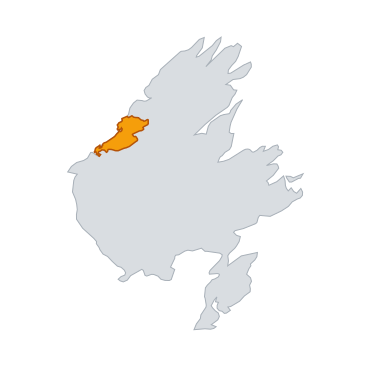 Ireland, with Waterford highlighted, rotated 151°
{"feature_id": "IRL-1444", "entity_name": "Waterford", "entity_type": "County", "adm_level": 1, "iso_a3": "IRL", "parent_name": "Ireland", "parent_adm1": "", "projection": "natural_earth1", "projection_center": [-7.576, 52.152], "detail": "fine", "context": "in_parent", "style": "filled", "palette": "amber", "viewbox_px": 384, "rotation_deg": 151, "n_neighbors": 0, "source": "natural_earth", "source_scale": "10m", "svg_char_len": 5821}
<svg xmlns="http://www.w3.org/2000/svg" viewBox="0 0 384 384"><g transform="rotate(151 192 192)"><path d="M243.8,80.2L235.6,84.5L234.4,86.1L232.1,92.6L231.8,94.4L226.7,101.7L223.8,103.1L219.5,104.3L217.1,105.5L214.0,104.9L210.1,105.0L208.1,106.3L208.2,107.3L209.4,108.4L216.6,111.7L216.2,113.1L214.2,114.7L201.2,118.6L197.3,120.9L196.0,122.5L197.4,125.1L207.7,132.9L209.4,133.8L211.0,138.3L220.1,140.2L223.8,143.1L227.0,143.8L234.0,143.5L236.8,144.6L238.4,143.8L239.3,142.3L247.2,136.7L244.7,132.6L252.6,125.5L254.8,125.6L258.5,127.8L261.5,130.8L262.5,134.8L265.4,138.4L267.3,139.6L272.3,140.4L273.5,141.8L272.6,147.0L273.4,148.7L286.2,148.6L291.3,146.3L295.7,146.7L297.9,149.1L298.9,151.5L295.1,152.4L291.1,151.9L289.2,153.5L289.1,156.5L290.5,160.5L293.2,163.3L295.3,169.6L297.1,176.6L299.9,180.8L300.5,186.0L300.2,188.6L300.7,193.2L299.5,194.9L300.4,199.2L305.2,213.3L306.2,224.2L304.0,228.3L300.9,232.2L298.9,236.9L297.4,241.9L296.5,250.0L289.8,259.4L287.0,261.8L283.7,263.2L291.0,269.8L285.1,272.8L278.6,273.7L271.5,272.1L267.0,272.3L261.4,275.7L260.1,275.1L257.4,269.7L255.4,275.3L251.3,277.1L244.3,276.7L232.5,278.2L228.0,279.8L226.1,282.3L224.7,285.2L222.8,286.9L220.7,287.8L211.6,289.9L209.8,290.8L205.6,295.5L200.1,298.2L195.5,299.0L191.4,296.2L189.8,294.6L187.9,293.8L181.6,293.9L183.6,294.7L184.9,296.7L185.5,300.4L184.7,304.0L181.6,305.8L178.0,306.1L172.1,309.9L164.4,310.9L160.3,314.4L134.8,320.2L133.3,320.3L129.8,318.8L126.0,318.1L122.3,318.6L111.6,321.9L106.4,321.2L113.1,313.1L121.9,309.0L122.9,307.9L120.0,307.3L103.2,310.2L97.3,312.6L91.5,313.3L94.2,309.6L101.8,304.5L108.3,301.2L111.2,298.2L119.1,294.9L93.5,301.8L86.8,301.0L85.3,299.0L80.1,300.0L78.1,295.3L86.0,288.1L90.5,285.1L95.9,283.4L101.0,281.1L103.0,278.2L100.6,277.2L85.2,278.0L77.8,277.4L78.2,275.1L79.6,272.5L87.3,268.2L91.4,267.5L95.1,267.9L101.6,270.5L110.3,269.6L106.7,266.8L106.1,261.2L103.4,259.3L107.0,256.7L111.0,255.1L117.8,249.7L120.2,248.9L133.6,247.6L148.0,244.7L162.3,240.8L155.0,238.6L151.5,235.7L145.8,241.6L141.8,243.8L130.3,245.0L126.7,244.3L121.6,242.5L120.0,243.2L118.5,244.6L110.9,247.5L103.0,248.2L112.3,242.9L124.1,234.0L126.7,231.2L130.5,226.3L129.4,224.1L127.0,222.9L135.6,212.8L138.6,211.0L144.0,210.7L148.0,209.1L149.8,209.1L151.3,208.5L154.9,205.5L149.5,203.6L143.9,202.6L126.7,203.6L124.4,203.4L122.3,202.5L120.9,201.2L119.9,197.8L118.7,197.0L114.8,197.0L111.0,198.0L108.3,197.9L105.7,196.4L109.9,193.0L104.5,192.1L99.1,192.8L94.5,191.8L94.4,189.6L96.5,187.4L93.8,185.3L93.3,182.7L96.2,181.4L99.3,181.8L105.8,179.9L114.0,179.0L107.0,177.1L104.2,175.4L104.1,172.9L104.6,170.8L112.8,167.2L121.5,165.6L120.9,163.2L121.5,160.6L112.8,159.9L104.1,161.7L105.1,156.8L107.2,152.3L107.7,149.4L107.3,146.3L103.2,147.6L102.8,143.2L101.1,140.2L95.1,142.3L95.3,138.3L97.1,135.5L100.2,134.3L103.3,134.8L109.1,134.8L114.6,132.7L122.7,132.1L135.4,132.8L144.1,138.7L146.4,137.6L150.0,133.9L151.6,133.5L164.8,135.1L173.0,137.3L175.2,136.6L174.1,132.5L171.3,129.6L174.8,125.8L179.1,123.3L182.0,122.0L188.7,120.4L191.6,118.9L193.5,114.1L196.6,110.1L179.9,112.2L164.1,107.4L166.6,104.0L170.0,102.1L175.8,100.7L176.3,98.9L179.3,97.4L184.1,93.6L182.4,88.6L183.3,85.0L186.8,82.6L187.9,79.1L189.5,76.6L196.5,75.7L203.3,73.4L213.7,73.1L216.4,74.0L215.8,69.9L220.7,69.4L222.6,70.2L223.5,73.1L225.7,75.0L226.4,78.2L224.9,80.7L222.4,82.7L224.7,84.6L221.1,88.2L225.0,86.7L230.4,83.2L230.1,80.3L229.2,76.7L227.7,73.5L228.4,69.9L231.4,67.7L239.5,66.6L236.2,62.5L239.1,62.1L242.3,63.0L247.0,66.1L257.0,70.6L252.1,74.5L246.1,77.2L243.8,80.2ZM102.4,158.4L102.1,160.3L98.3,157.9L96.5,155.3L86.0,154.1L90.4,151.5L92.5,152.3L100.0,152.4L102.0,153.5L102.4,158.4Z" fill="#d9dde1" stroke="#a8b0b8" stroke-width="1"/><path d="M256.0,268.5L256.1,268.8L256.1,269.5L256.3,269.8L257.0,271.0L257.2,271.6L256.5,273.3L256.7,273.9L258.0,273.9L258.0,274.4L257.1,274.9L255.6,276.6L254.7,277.1L253.5,277.3L251.2,277.4L250.1,277.6L250.4,276.9L251.8,275.3L250.7,274.9L250.0,274.8L249.3,274.9L249.3,275.3L249.6,275.5L249.9,275.9L250.0,276.2L249.5,276.1L248.8,275.8L248.4,275.7L247.8,275.9L247.4,276.3L247.2,276.8L246.8,277.1L245.8,277.5L244.8,277.5L242.8,277.1L232.8,278.0L229.2,279.5L227.2,279.9L227.0,280.0L226.8,280.4L226.5,280.7L226.0,280.8L225.6,280.5L225.4,280.1L225.2,279.6L225.1,279.4L224.1,279.6L223.1,280.2L222.5,281.1L222.7,282.2L223.2,281.7L224.0,281.6L225.0,281.8L226.5,282.4L226.9,282.4L227.0,282.7L226.7,283.5L225.0,284.5L224.9,286.6L224.7,287.0L224.2,287.2L223.7,287.2L223.3,287.5L222.3,288.0L219.5,287.7L218.4,288.2L218.0,289.1L218.0,289.8L217.7,290.2L212.1,289.6L211.9,289.3L211.8,288.7L211.6,288.0L211.0,287.8L210.9,288.0L210.2,287.8L208.1,287.8L207.7,287.8L207.5,287.6L207.3,287.3L207.0,286.2L206.9,286.0L206.6,285.6L205.1,284.4L204.4,284.0L203.9,283.7L203.6,283.5L203.1,283.1L202.8,282.9L202.6,282.4L202.0,280.7L201.7,279.9L201.0,279.1L200.2,278.5L200.0,278.3L200.0,277.6L199.8,277.4L199.5,277.2L198.8,277.0L198.5,276.9L198.3,276.9L196.2,277.0L195.8,276.9L195.6,276.8L195.4,276.6L195.5,276.1L195.8,275.4L196.7,273.9L196.9,273.3L198.0,272.4L202.6,272.5L203.1,272.4L203.7,272.2L203.7,271.9L203.6,271.4L203.6,271.1L203.7,270.8L203.9,270.3L204.4,270.2L206.0,270.1L206.6,270.2L207.0,270.3L207.4,270.6L207.8,270.7L208.3,270.9L215.2,271.4L216.0,271.3L216.3,271.1L216.2,270.0L216.1,269.5L216.0,269.0L215.9,268.8L215.8,268.6L215.6,268.4L215.4,268.3L214.5,268.0L214.4,267.9L214.1,266.9L214.1,265.4L214.0,264.9L214.1,264.6L214.3,264.1L214.7,263.6L215.1,263.4L215.4,263.4L216.9,263.3L224.6,262.2L228.1,262.6L230.2,263.2L236.5,263.9L238.5,265.0L239.2,265.5L240.2,266.7L241.9,268.3L243.5,269.3L244.3,269.7L244.8,269.8L245.0,269.7L246.0,268.6L246.2,268.4L246.5,268.3L246.9,268.2L247.6,268.2L248.3,271.0L250.3,272.5L252.8,272.2L254.0,272.5L255.4,271.4L253.8,269.1L255.0,268.5L255.8,268.2L256.0,268.5Z" fill="#f59e0b" stroke="#b45309" stroke-width="1.5"/></g></svg>